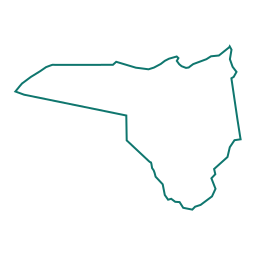 Piti, Guam
{"feature_id": "77769853B27536991093250", "entity_name": "Piti", "entity_type": "district", "adm_level": 2, "iso_a3": "GUM", "parent_name": "Guam", "parent_adm1": "", "projection": "albers", "projection_center": [144.681, 13.441], "detail": "fine", "context": "isolated", "style": "outline", "palette": "teal", "viewbox_px": 256, "rotation_deg": 0, "n_neighbors": 0, "source": "geoboundaries", "source_scale": "gbopen_adm2", "svg_char_len": 1037}
<svg xmlns="http://www.w3.org/2000/svg" viewBox="0 0 256 256"><path d="M215.5,188.8L211.4,178.3L215.3,174.2L214.1,169.0L227.5,157.0L229.8,147.2L234.5,140.2L240.6,139.3L240.1,136.4L237.5,119.8L236.5,113.0L233.0,89.2L231.4,78.3L232.5,77.6L233.7,76.9L236.5,71.9L232.6,66.8L229.9,59.2L231.5,49.7L229.7,46.4L229.5,46.8L229.2,47.3L218.9,55.5L211.0,56.3L206.4,59.2L193.2,64.1L190.2,66.3L188.7,67.5L186.0,67.9L181.6,66.2L179.2,64.2L176.8,60.9L178.4,58.1L176.7,56.5L169.0,58.7L164.9,60.8L160.7,64.0L153.9,67.6L148.5,69.3L140.1,68.2L135.9,67.7L116.2,61.8L113.9,63.9L112.9,64.8L111.9,64.8L79.1,64.9L66.9,64.9L56.5,64.9L53.3,64.8L52.5,64.8L51.2,65.2L46.1,67.1L40.3,71.1L30.9,76.9L21.9,83.6L21.7,83.9L19.7,86.2L15.4,91.5L24.1,94.7L126.3,115.5L126.7,140.4L148.8,161.1L149.9,162.0L151.0,162.5L151.4,163.9L152.1,168.1L153.7,170.4L154.6,172.9L155.6,176.7L162.7,184.3L164.8,195.0L168.1,199.7L171.2,198.8L175.2,201.8L179.6,202.1L183.2,207.8L192.3,209.6L195.1,206.7L200.6,204.9L212.0,196.4L215.5,188.8Z" fill="none" stroke="#0f766e" stroke-width="2"/></svg>